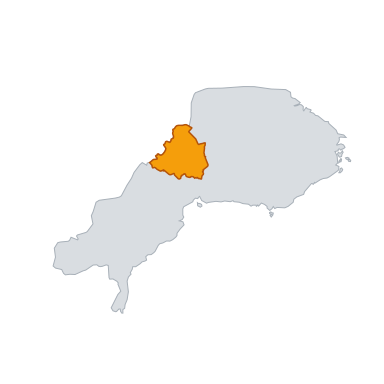 Kainuu on a map of Finland (Albers equal-area conic projection), rotated 232°
{"feature_id": "FIN-3179", "entity_name": "Kainuu", "entity_type": "Province", "adm_level": 1, "iso_a3": "FIN", "parent_name": "Finland", "parent_adm1": "", "projection": "albers", "projection_center": [28.501, 64.601], "detail": "fine", "context": "in_parent", "style": "filled", "palette": "amber", "viewbox_px": 384, "rotation_deg": 232, "n_neighbors": 0, "source": "natural_earth", "source_scale": "10m", "svg_char_len": 6553}
<svg xmlns="http://www.w3.org/2000/svg" viewBox="0 0 384 384"><g transform="rotate(232 192 192)"><path d="M171.0,165.5L170.1,159.8L168.7,154.8L166.9,153.3L166.4,151.4L166.3,147.5L166.9,144.4L169.1,141.7L169.8,137.7L171.1,134.6L170.7,132.5L168.0,126.5L167.7,124.5L167.8,121.3L169.7,118.6L169.5,115.7L166.3,114.3L166.5,112.5L167.7,109.6L167.4,107.1L167.8,101.6L169.6,99.3L167.9,97.3L166.4,93.7L164.8,93.4L164.2,89.6L161.7,86.0L152.5,80.4L147.1,74.6L144.5,70.0L141.8,67.3L141.9,65.1L139.1,63.0L139.8,62.1L142.1,62.3L143.9,63.4L144.8,62.3L144.3,59.0L144.6,58.2L147.0,56.6L150.5,57.0L156.9,70.5L157.7,74.8L165.0,76.9L165.7,77.9L167.7,77.9L172.1,76.2L174.0,73.5L175.6,73.9L185.7,80.8L187.4,79.5L188.6,75.7L189.5,74.0L190.8,72.8L193.2,72.2L195.3,69.1L195.9,60.2L196.9,57.7L199.0,49.0L202.3,45.2L204.7,41.2L207.0,40.7L211.1,41.6L216.1,37.6L219.2,37.0L224.7,44.3L232.5,48.9L234.7,55.0L233.7,57.4L229.4,64.1L229.3,65.8L230.8,68.8L224.7,72.4L225.1,73.4L228.4,73.9L228.7,75.2L225.4,83.6L225.3,85.1L227.8,94.3L235.3,98.1L237.5,102.2L243.0,110.1L242.6,113.8L234.5,127.7L232.7,131.6L232.5,134.0L237.4,145.0L240.1,152.8L243.1,158.4L245.6,167.7L245.8,170.9L241.0,172.8L242.4,174.5L241.3,177.4L241.2,181.6L239.9,184.3L240.2,185.1L242.5,185.6L242.8,187.5L242.6,188.6L240.2,190.8L240.0,192.9L241.3,196.7L242.4,197.9L246.2,199.0L246.7,200.0L246.9,202.7L245.2,205.4L245.3,206.5L247.0,211.3L252.2,215.1L252.8,218.0L252.8,220.0L252.6,221.7L248.8,228.5L245.9,230.7L251.9,237.6L262.7,246.3L267.6,253.8L268.1,256.0L265.0,265.9L263.7,268.6L255.3,279.7L243.1,297.9L236.7,305.9L224.3,317.9L215.0,328.9L209.9,331.0L206.1,328.6L204.1,329.1L202.2,330.7L195.8,332.3L195.6,330.5L197.1,325.7L196.5,325.8L195.3,328.0L194.7,330.6L193.4,331.9L190.8,332.3L188.3,330.1L187.1,330.1L188.3,333.3L188.1,334.2L186.8,334.0L183.8,336.3L183.2,336.3L182.4,334.2L179.2,336.3L176.3,336.5L174.5,338.1L165.9,340.1L163.4,342.8L161.8,342.0L152.1,343.7L148.2,342.7L143.5,346.7L140.1,347.0L143.9,342.8L144.2,341.3L142.5,340.4L141.3,338.7L140.3,335.2L139.7,335.0L138.2,339.1L135.8,340.4L133.0,340.1L132.8,338.2L133.5,336.5L133.1,336.2L133.6,334.9L135.0,334.9L135.5,334.2L135.5,333.4L134.5,332.5L135.9,329.6L131.0,328.5L125.2,324.7L124.8,321.9L121.7,323.5L119.2,321.2L119.0,319.9L119.4,309.8L119.9,307.0L121.8,303.8L122.7,300.5L123.3,294.3L124.1,294.4L123.4,292.2L124.8,291.9L125.1,291.2L123.0,281.0L121.4,278.5L123.6,271.5L123.6,269.9L123.6,267.8L121.6,265.4L121.5,258.9L122.4,255.4L127.5,249.5L128.0,247.0L130.5,247.1L129.6,244.7L129.6,241.9L133.2,241.3L134.4,242.3L137.6,241.5L140.6,239.8L139.9,235.8L141.3,235.8L141.0,234.8L141.1,233.9L142.2,234.4L144.2,231.8L144.5,229.8L147.6,229.0L151.5,225.0L154.8,223.0L158.5,219.1L159.9,219.0L160.8,216.2L164.8,212.2L166.3,208.8L169.9,205.1L173.7,198.5L174.2,196.6L179.3,194.4L183.8,195.3L183.8,193.6L183.2,192.5L185.1,190.8L184.8,188.0L183.8,186.6L185.5,176.4L184.3,174.3L179.4,170.5L177.3,170.1L176.3,167.3L177.1,164.2L174.1,166.5L171.0,165.5ZM128.8,329.6L132.3,330.0L133.1,331.7L131.4,332.5L131.2,333.8L131.8,335.8L130.3,335.6L129.4,333.4L127.9,331.7L128.8,329.6ZM178.3,191.0L176.3,191.9L174.8,191.2L174.9,189.2L177.7,188.0L180.3,189.7L178.9,190.0L178.3,191.0ZM125.6,239.2L125.3,240.9L127.3,239.9L128.1,240.5L127.8,241.9L127.2,241.6L125.4,243.1L124.1,241.5L123.5,239.0L125.6,239.2ZM119.2,323.3L118.8,324.7L116.8,324.5L116.1,323.0L115.9,320.6L116.8,319.6L117.2,321.0L119.2,323.3ZM126.8,330.0L125.7,330.0L124.3,328.4L124.1,327.8L124.8,327.5L124.7,325.7L125.8,326.8L126.3,328.0L125.7,328.2L126.8,330.0ZM123.7,335.7L122.1,336.6L121.5,336.3L121.9,334.6L122.9,333.8L124.4,333.9L123.7,335.7ZM120.5,336.4L119.1,336.5L118.4,335.6L119.8,334.3L120.8,334.5L120.9,335.4L120.5,336.4Z" fill="#d9dde1" stroke="#a8b0b8" stroke-width="1"/><path d="M241.3,176.7L241.3,176.9L241.2,178.0L241.4,180.7L241.3,181.8L240.0,183.7L239.5,184.7L240.1,185.4L241.9,185.3L242.8,185.6L242.9,186.8L242.8,187.0L242.6,187.2L242.5,187.5L242.5,187.8L242.7,188.0L242.9,188.1L243.1,188.2L243.0,188.6L242.7,189.0L240.7,189.6L240.2,190.1L239.9,190.9L239.8,192.2L240.4,194.8L241.3,196.9L242.4,198.2L243.7,198.5L246.1,198.5L246.6,198.7L246.8,198.9L246.8,199.1L246.8,199.4L246.7,199.7L246.7,200.1L246.7,200.4L246.9,200.8L247.0,201.0L247.6,201.6L247.8,202.2L247.7,202.8L247.5,203.3L247.2,203.6L245.0,204.8L244.9,204.9L244.8,205.1L245.0,205.2L245.0,205.3L245.0,205.8L245.1,206.1L245.2,206.4L245.2,206.5L245.3,206.8L245.3,207.1L245.9,207.5L246.4,208.0L246.3,208.8L246.1,209.6L246.0,210.4L246.3,210.9L246.8,211.4L247.8,212.0L249.9,212.7L250.5,213.2L250.9,213.7L251.2,214.3L251.6,214.7L252.4,214.9L252.8,215.1L253.1,215.6L253.0,216.2L252.8,216.8L252.8,217.4L253.0,217.8L253.3,218.4L253.6,219.7L253.6,220.8L253.2,221.7L252.7,222.6L250.3,225.6L249.5,227.6L248.7,228.8L246.7,229.8L246.0,230.3L245.8,230.2L245.1,230.3L243.1,231.3L242.9,231.4L242.5,231.1L242.4,230.8L241.7,227.0L241.5,226.6L241.3,226.5L231.5,227.6L226.6,226.4L225.9,226.4L225.2,226.7L225.2,226.8L225.1,227.3L225.0,227.6L224.8,228.2L223.7,230.3L223.5,230.9L223.3,231.5L223.0,232.1L222.8,232.4L222.4,232.6L222.2,232.4L221.9,232.0L220.9,231.3L220.0,229.6L219.5,229.2L219.0,229.0L215.5,225.5L214.1,225.0L212.9,224.1L212.5,224.0L212.1,224.0L212.0,224.3L211.7,224.4L211.4,224.4L211.0,223.8L210.7,223.5L203.8,221.5L202.9,220.7L202.7,220.1L202.6,218.8L202.6,215.0L202.5,214.3L202.0,214.3L201.7,214.1L201.5,213.8L201.6,213.0L201.4,212.7L201.2,212.7L200.3,212.7L199.8,212.6L199.5,212.4L198.9,211.7L198.8,210.9L198.7,210.2L198.0,209.1L196.8,207.9L196.5,207.5L196.8,207.3L196.9,207.1L196.9,206.9L197.3,206.7L197.5,206.6L198.4,205.6L198.7,205.4L199.8,205.2L200.0,205.1L199.9,205.0L199.8,204.9L199.9,204.7L200.1,204.7L200.3,204.3L200.5,203.9L200.7,203.7L201.0,203.6L201.3,203.3L201.3,203.1L201.3,202.8L201.3,202.6L202.9,202.4L203.4,202.3L204.3,201.3L204.5,201.1L204.7,200.8L204.7,200.6L204.8,200.2L204.6,200.0L204.8,199.4L205.1,199.0L206.0,198.2L207.6,197.2L208.4,197.2L209.9,197.7L210.4,197.7L210.8,197.5L211.0,197.1L210.8,197.0L211.1,196.7L211.2,196.4L211.1,196.0L211.1,195.7L211.2,195.1L211.3,194.6L211.4,194.3L211.4,194.1L211.2,193.8L211.1,193.7L211.3,193.5L211.1,193.1L210.5,192.2L209.8,191.5L209.9,190.4L210.2,189.8L211.0,189.3L216.1,188.7L217.4,189.3L217.7,189.2L217.9,188.8L218.1,188.1L218.3,187.4L218.4,186.7L218.9,185.6L219.5,185.0L220.2,184.7L226.3,183.4L227.1,183.0L227.1,182.5L227.0,182.4L226.6,182.3L226.9,182.1L227.2,181.7L227.6,180.9L227.7,180.6L227.6,180.4L228.0,179.9L231.4,178.4L233.5,178.1L234.5,177.5L235.1,176.0L235.6,175.9L236.5,176.2L237.4,176.7L238.2,176.9L241.3,176.7L241.3,176.7Z" fill="#f59e0b" stroke="#b45309" stroke-width="1.5"/></g></svg>